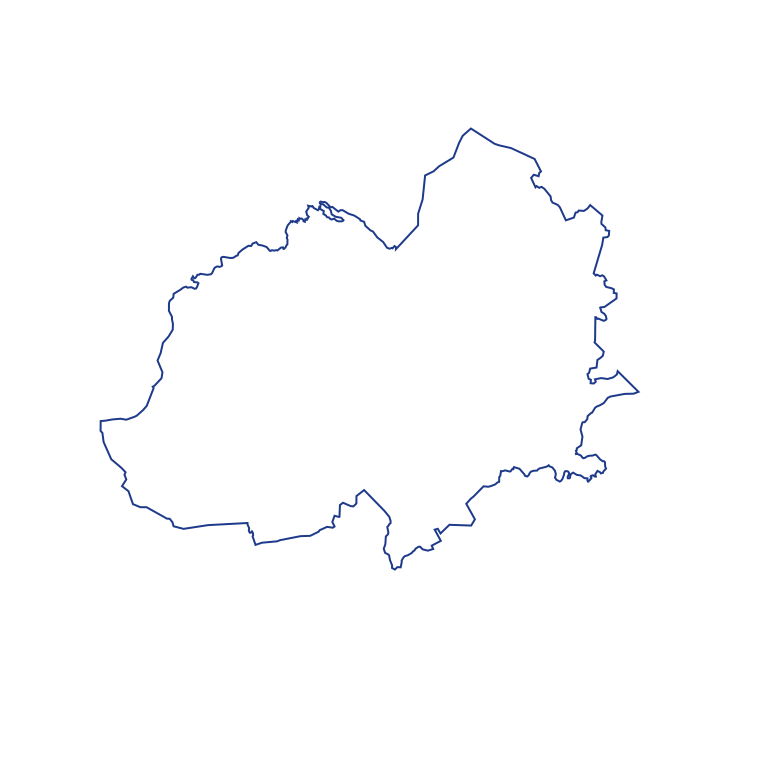 outline of Pildas pag., Ludzas, Latvia, rotated 56°
{"feature_id": "27541924B23145226159643", "entity_name": "Pildas pag.", "entity_type": "district", "adm_level": 2, "iso_a3": "LVA", "parent_name": "Latvia", "parent_adm1": "Ludzas", "projection": "albers", "projection_center": [27.751, 56.365], "detail": "fine", "context": "isolated", "style": "outline", "palette": "blue", "viewbox_px": 768, "rotation_deg": 56, "n_neighbors": 0, "source": "geoboundaries", "source_scale": "gbopen_adm2", "svg_char_len": 6165}
<svg xmlns="http://www.w3.org/2000/svg" viewBox="0 0 768 768"><g transform="rotate(56 384 384)"><path d="M532.8,177.4L504.0,183.1L506.3,185.6L506.7,190.2L504.9,195.8L500.5,200.7L498.1,206.5L500.5,207.1L500.9,209.8L498.9,212.3L496.2,210.1L494.2,211.4L489.6,209.8L489.4,207.7L486.5,204.5L489.2,198.6L483.4,193.6L483.4,189.7L482.9,186.7L480.0,183.7L467.3,186.2L466.0,184.7L446.8,171.4L447.5,170.7L449.3,170.8L449.7,169.7L454.5,166.5L454.9,164.3L454.5,163.1L451.4,162.0L449.0,162.1L445.9,163.4L441.6,162.1L441.7,161.3L443.4,158.3L443.1,143.4L439.0,140.5L437.0,142.6L434.2,140.5L431.7,141.9L427.8,145.5L425.1,145.6L422.1,143.9L422.5,141.7L417.8,141.4L415.9,142.3L415.5,144.5L412.4,146.4L412.5,147.8L409.5,148.3L390.7,125.4L385.3,120.3L387.1,116.6L386.7,114.6L383.0,111.7L380.5,114.2L378.0,112.9L372.9,114.2L371.3,113.3L366.5,108.7L351.0,113.0L352.3,117.1L352.3,121.5L349.1,125.5L349.8,127.5L349.0,129.3L352.2,133.5L350.0,141.7L335.9,139.4L332.7,139.8L327.9,142.8L325.1,142.7L321.7,141.0L311.8,141.9L308.6,143.2L308.2,145.5L305.2,146.9L305.6,148.4L295.4,146.8L294.3,142.8L298.2,139.6L295.8,137.2L295.6,135.0L281.7,133.3L259.4,146.8L250.5,155.1L246.7,158.0L220.8,169.1L222.2,179.9L226.2,187.1L235.1,199.8L234.3,216.5L235.4,223.9L234.1,233.3L252.6,248.8L261.9,260.5L271.5,267.0L278.9,298.7L277.3,297.5L275.5,298.2L276.3,301.0L275.6,301.3L274.9,303.8L272.7,305.3L265.9,305.3L258.6,307.6L251.4,307.9L249.1,309.3L242.4,311.0L238.4,309.8L235.3,312.1L234.2,311.7L231.9,312.6L227.7,314.5L223.1,318.1L216.6,321.2L215.6,322.9L215.5,325.5L208.2,327.8L208.0,328.8L207.4,329.5L201.5,330.5L199.9,331.5L198.9,333.1L197.3,334.6L197.4,335.4L197.9,336.0L199.0,336.1L201.1,333.9L205.5,332.8L207.1,331.1L210.7,331.2L214.1,332.5L218.4,330.5L222.2,326.6L226.3,325.8L225.7,326.3L225.7,327.4L225.2,328.6L223.7,330.8L222.3,331.9L219.0,332.9L218.4,335.4L216.8,336.4L215.2,336.5L213.9,337.9L211.5,338.0L209.2,339.2L206.9,337.2L203.1,339.1L200.9,337.3L200.8,338.4L202.6,340.2L203.0,341.6L198.8,343.8L196.5,343.8L196.2,344.3L196.4,344.7L193.8,347.2L195.8,347.8L197.6,352.1L201.0,353.3L203.3,352.8L203.5,353.7L204.2,354.6L203.6,355.5L204.6,356.1L203.6,357.1L204.4,357.5L204.5,358.5L205.2,358.9L204.1,359.7L203.2,359.1L200.9,359.7L200.0,361.1L199.3,361.4L199.9,361.8L199.7,362.6L200.1,362.8L199.4,363.2L199.9,363.5L199.6,363.8L199.9,364.7L199.6,365.7L199.8,366.1L200.6,365.6L200.4,366.1L201.0,366.2L197.8,368.6L198.2,369.2L197.3,369.9L197.7,370.0L197.3,370.3L198.7,375.3L201.8,379.6L203.1,380.6L206.7,380.9L208.6,382.9L210.4,383.3L214.3,386.1L214.5,387.4L215.8,389.4L215.8,390.6L216.1,391.3L215.8,391.8L214.3,391.3L213.3,393.1L213.7,397.7L212.8,398.5L212.0,400.5L210.4,402.1L210.3,403.5L209.7,404.2L204.8,404.7L201.4,407.2L198.3,410.3L195.0,410.6L194.1,414.3L195.3,417.0L193.6,419.1L193.4,426.1L194.0,431.3L195.5,433.3L195.1,435.4L195.1,438.4L193.4,441.2L188.8,446.0L188.2,447.6L188.3,448.3L189.1,449.2L195.3,451.9L195.4,453.1L195.0,454.8L193.3,456.5L192.9,458.7L193.3,460.2L196.0,464.6L196.2,466.2L194.7,469.4L189.9,474.7L190.1,475.9L189.1,477.6L190.3,480.0L190.6,481.7L189.8,482.3L187.9,482.2L189.2,484.9L190.1,485.2L191.2,484.2L193.3,484.5L195.5,481.8L196.7,481.5L199.2,485.1L199.7,486.4L199.1,487.8L196.1,489.5L194.2,493.1L192.6,493.7L191.8,496.5L192.0,500.5L191.6,507.9L194.6,510.5L195.2,515.0L196.8,517.1L203.1,521.4L209.8,522.2L212.0,523.7L216.0,525.3L220.8,528.7L224.2,536.1L226.3,544.3L233.5,551.9L237.9,558.6L250.4,561.1L254.8,565.2L257.1,575.3L256.9,577.2L258.5,577.2L269.5,593.0L270.9,598.4L272.0,606.6L271.7,609.0L269.5,617.6L265.5,621.8L261.7,628.6L258.5,635.7L256.3,639.6L264.4,645.2L267.1,644.8L275.3,648.9L293.9,652.2L306.6,648.6L312.6,647.6L314.1,649.9L319.0,651.0L322.2,658.3L330.0,655.8L343.2,659.3L349.9,654.9L353.3,649.8L374.3,639.2L375.9,637.0L380.3,636.7L384.3,638.0L392.0,631.2L402.6,608.8L422.9,574.9L424.2,575.7L428.1,576.4L429.7,577.9L430.8,578.3L432.3,578.4L432.8,577.5L432.3,575.9L433.9,575.9L436.2,577.0L436.8,578.1L445.5,580.5L447.4,573.8L454.7,560.5L455.3,557.6L463.5,538.2L468.6,530.1L469.9,520.8L469.2,519.2L470.6,511.1L474.5,506.8L474.5,504.7L469.5,504.0L465.6,498.7L469.1,495.6L469.1,495.1L459.7,488.2L459.5,484.4L466.6,479.9L468.4,477.7L467.6,473.7L461.5,469.5L460.8,459.8L489.4,454.6L497.3,453.9L501.4,455.2L503.0,456.4L503.2,458.3L503.9,459.2L504.3,461.2L509.7,463.5L510.9,465.0L511.4,467.7L517.6,472.5L520.4,476.3L524.6,477.5L528.1,475.6L529.2,475.7L533.3,477.5L538.9,478.7L541.0,480.2L543.9,478.7L543.3,475.3L545.3,472.7L541.5,468.8L540.3,468.2L538.6,464.7L538.4,462.7L539.3,460.1L539.6,455.4L539.1,453.9L539.0,451.8L538.2,449.9L538.2,446.6L539.0,445.1L542.7,444.4L546.7,440.8L548.3,435.5L544.7,434.8L545.8,424.6L533.1,423.4L534.1,420.4L539.5,420.7L537.3,408.5L550.1,390.9L547.0,384.3L529.3,382.8L527.6,375.8L527.4,372.9L524.5,358.7L527.5,355.0L528.3,352.8L529.4,348.2L529.1,344.7L529.5,343.3L525.6,340.5L525.1,338.9L521.6,335.7L522.4,334.9L523.4,331.8L526.6,329.0L527.2,328.0L526.1,324.9L526.9,324.4L525.6,322.7L530.0,319.1L537.6,318.1L538.8,318.5L540.7,317.1L540.6,315.3L539.2,312.7L538.8,311.3L539.5,308.7L541.4,305.4L540.9,303.8L541.0,302.2L543.3,296.0L543.6,294.6L543.5,292.9L544.8,292.8L547.3,291.1L551.4,290.8L554.8,291.9L557.3,294.6L559.9,294.6L563.2,292.8L563.3,291.5L562.6,289.3L559.8,285.4L558.2,284.0L557.6,282.4L559.1,280.5L560.7,280.2L562.2,281.1L563.7,283.7L564.9,284.3L565.7,283.4L565.8,282.3L563.2,279.7L563.2,276.8L567.1,275.0L569.9,272.0L574.1,270.5L576.0,268.1L577.5,269.2L579.0,269.5L579.2,269.1L578.8,268.4L578.8,267.1L578.3,266.4L578.3,265.1L577.4,264.3L576.2,264.4L575.9,263.7L576.5,261.8L578.6,261.0L579.2,260.1L577.0,259.3L575.4,255.6L578.0,254.2L579.4,254.2L580.1,252.1L579.2,251.1L578.3,247.2L576.1,246.8L572.4,244.6L571.3,244.6L570.2,245.9L567.3,247.0L561.7,247.7L560.7,248.3L559.9,251.3L558.4,253.7L557.6,256.0L557.6,258.3L557.2,260.0L556.2,260.6L553.3,260.8L549.9,262.9L549.5,264.0L549.0,263.9L548.7,262.7L546.7,262.2L546.5,261.1L545.1,260.1L545.1,254.8L538.6,248.9L531.6,246.5L527.3,241.6L526.8,240.7L527.9,238.9L526.8,235.1L524.5,233.2L523.9,229.1L524.1,227.5L521.7,222.1L521.7,220.0L522.4,216.7L522.7,212.4L520.6,206.2L521.0,203.3L526.9,189.8L531.6,182.5L532.8,177.4Z" fill="none" stroke="#1e3a8a" stroke-width="2"/></g></svg>